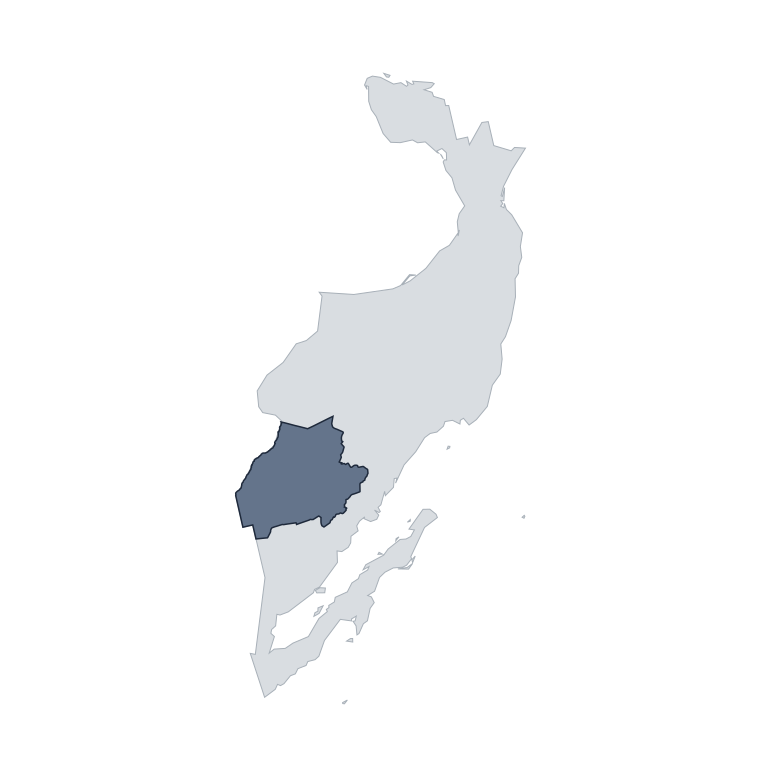 where Chihuahua sits in Mexico, rotated 257°
{"feature_id": "MEX-2709", "entity_name": "Chihuahua", "entity_type": "State", "adm_level": 1, "iso_a3": "MEX", "parent_name": "Mexico", "parent_adm1": "", "projection": "mercator", "projection_center": [-106.749, 28.699], "detail": "fine", "context": "in_parent", "style": "filled", "palette": "slate", "viewbox_px": 768, "rotation_deg": 257, "n_neighbors": 0, "source": "natural_earth", "source_scale": "10m", "svg_char_len": 9505}
<svg xmlns="http://www.w3.org/2000/svg" viewBox="0 0 768 768"><g transform="rotate(257 384 384)"><path d="M105.6,197.2L151.6,193.1L149.5,197.8L222.1,224.5L276.2,224.4L276.2,214.3L309.9,214.5L315.7,221.7L339.3,241.0L344.9,257.2L349.2,263.4L371.1,275.9L378.1,271.2L383.4,259.4L390.0,256.8L405.8,258.9L419.0,272.0L427.7,290.6L442.9,307.5L443.8,318.1L450.5,331.2L483.6,343.4L488.0,341.5L478.0,374.8L474.7,414.0L476.2,422.3L484.8,433.5L483.0,439.5L483.5,433.5L476.4,424.0L478.6,432.7L487.3,450.9L501.2,468.2L504.4,478.9L514.2,489.8L511.5,489.5L517.1,492.1L515.3,490.5L525.6,491.9L533.0,495.6L539.4,502.7L556.8,497.3L569.6,496.6L578.1,492.4L587.0,491.6L588.8,493.2L588.2,495.4L595.4,496.8L600.4,493.4L599.1,487.8L596.7,489.2L597.3,488.1L610.6,478.7L611.5,471.0L615.4,466.6L615.5,454.2L618.0,444.9L628.2,439.5L646.3,436.6L654.1,433.4L662.9,432.7L677.4,435.9L678.6,433.9L674.8,433.8L679.7,432.3L685.6,436.4L686.6,442.0L683.6,449.5L674.1,460.8L673.8,468.3L669.0,472.9L669.9,474.6L674.1,474.0L669.6,478.7L669.7,480.6L672.6,480.0L666.8,498.8L665.3,500.5L662.3,496.3L661.7,489.2L657.4,496.5L653.1,497.0L647.6,506.7L641.4,506.6L640.8,509.7L605.9,509.7L605.8,521.0L597.8,521.0L616.8,538.2L616.2,544.6L591.6,544.6L582.6,560.4L585.1,564.4L582.0,574.9L564.2,557.0L549.8,545.0L541.1,540.4L540.1,541.5L548.2,545.7L535.6,542.0L536.4,539.1L533.1,540.3L531.0,537.7L528.7,540.5L532.9,541.9L526.5,542.5L520.2,546.5L500.2,553.0L487.3,547.8L476.4,546.7L469.0,541.9L461.7,540.0L457.1,535.4L439.3,531.7L417.2,522.1L402.8,513.0L396.7,506.8L381.7,504.7L367.5,499.5L358.5,489.3L338.9,479.6L328.5,466.0L324.9,457.7L332.7,453.7L331.5,450.2L327.9,449.0L333.2,442.6L333.7,435.0L329.5,432.4L325.3,424.8L325.4,417.8L322.6,411.5L310.9,399.7L300.7,385.4L284.8,373.0L289.4,375.4L289.6,372.7L281.2,370.0L274.9,360.2L279.3,360.5L267.0,353.8L265.2,350.5L260.6,351.7L259.9,350.2L263.3,346.4L257.4,349.4L253.8,346.5L253.0,340.0L257.3,334.2L258.9,335.3L255.9,329.3L251.9,325.5L246.7,325.7L243.1,317.6L236.7,315.8L232.9,312.4L230.2,305.2L231.9,300.7L220.6,298.5L200.7,275.5L199.5,270.1L196.5,268.3L183.5,239.5L182.3,230.7L183.7,227.8L172.7,224.0L170.1,219.3L166.5,217.7L162.6,220.4L147.6,211.6L150.4,217.3L148.6,228.3L152.0,237.0L154.9,253.5L170.2,267.9L175.0,277.6L177.3,277.1L178.5,280.0L180.7,280.4L182.8,286.6L187.1,288.5L189.7,301.5L197.4,308.0L200.1,315.3L203.7,317.6L206.4,326.2L209.5,328.3L207.7,321.9L212.0,325.6L217.3,345.2L222.2,350.8L228.9,364.7L228.0,370.6L229.4,375.8L235.0,380.8L237.0,375.7L253.1,393.8L251.7,400.5L245.4,405.4L241.9,406.0L235.1,391.2L209.8,371.3L207.5,371.5L202.4,365.3L201.3,361.0L202.7,351.6L200.4,342.6L196.5,336.1L184.2,328.2L181.6,320.5L179.4,323.8L173.2,325.3L168.5,320.0L157.0,314.6L155.1,310.0L146.5,303.5L145.6,301.2L154.6,302.4L159.7,300.5L159.7,302.6L164.1,304.8L162.4,299.5L160.4,299.2L164.5,288.5L147.5,268.3L133.4,259.3L130.9,254.8L130.7,247.3L127.3,244.8L126.0,236.1L121.5,232.4L120.8,227.2L114.5,219.1L113.4,215.3L115.3,212.7L111.0,209.4L105.6,197.2ZM199.9,275.8L198.4,281.0L193.9,279.3L195.6,271.5L198.3,270.7L199.9,275.8ZM181.6,274.8L175.1,269.2L173.4,263.4L176.7,265.3L177.5,268.5L180.7,269.3L181.6,274.8ZM683.4,459.3L681.8,457.7L682.6,455.5L686.7,453.7L683.4,459.3ZM202.7,371.5L198.1,366.3L200.7,355.9L200.0,365.3L202.7,371.5ZM143.1,296.2L139.6,295.5L141.9,289.7L143.5,294.0L143.1,296.2ZM84.3,277.2L81.3,273.5L81.9,271.9L82.9,272.0L84.3,277.2ZM206.5,371.6L209.3,375.7L203.5,371.7L206.5,371.6ZM309.0,432.5L308.4,434.2L307.0,433.6L306.3,430.8L309.0,432.5ZM230.6,361.0L231.7,364.2L228.6,360.2L230.6,361.0ZM219.4,339.8L221.1,341.3L218.6,344.2L219.4,339.8ZM224.5,491.1L223.4,491.5L221.7,490.2L223.1,488.6L224.5,491.1ZM593.1,491.7L590.0,492.4L595.4,490.7L593.1,491.7ZM246.0,379.1L244.4,378.7L244.1,375.7L246.0,379.1Z" fill="#d9dde1" stroke="#a8b0b8" stroke-width="1"/><path d="M276.2,214.3L308.7,214.4L308.9,214.5L309.1,214.7L309.5,214.8L310.4,214.8L311.1,215.0L311.7,215.7L312.2,216.5L312.6,217.2L313.1,218.8L313.3,219.2L314.1,220.1L314.3,220.5L314.4,220.8L314.5,220.9L314.6,221.1L315.2,221.5L315.4,221.7L315.9,221.9L316.7,222.2L317.3,222.6L317.7,222.7L318.2,222.8L318.5,222.9L319.3,223.5L319.6,223.7L319.7,223.9L319.8,224.3L320.0,224.5L320.3,224.7L320.5,224.8L320.9,225.0L321.2,225.3L322.7,227.0L322.8,227.5L323.0,227.7L324.5,228.7L324.8,228.8L325.4,229.4L325.8,229.7L326.1,229.9L326.4,230.2L326.6,230.6L326.9,231.4L327.1,231.7L327.6,231.9L328.2,232.7L329.8,233.9L330.5,234.9L330.8,235.1L331.3,235.2L332.4,235.8L332.5,235.9L332.6,236.0L332.8,236.2L333.0,236.2L333.3,236.0L333.5,236.1L333.8,236.2L334.0,236.5L334.4,236.6L334.5,236.6L334.6,236.8L334.6,237.0L334.8,237.0L335.0,237.3L335.2,237.2L336.1,238.2L336.4,238.4L336.8,238.5L337.2,238.7L337.6,239.0L337.8,239.3L337.9,239.5L337.9,239.8L337.9,240.0L338.0,240.2L338.2,240.3L338.8,240.4L339.0,240.4L339.1,240.7L339.7,241.4L339.9,241.7L339.9,242.0L340.0,242.4L340.0,242.7L340.3,242.8L340.4,243.0L340.3,243.3L340.3,243.5L340.5,244.0L340.5,244.3L340.5,244.6L340.5,244.8L340.7,245.1L340.8,245.2L341.1,245.4L341.2,245.5L341.3,246.0L341.4,246.3L341.8,246.5L342.0,247.1L342.3,247.7L342.5,248.1L343.0,248.4L343.2,248.6L343.5,249.4L343.8,249.7L343.9,250.2L343.8,251.0L343.8,251.5L343.5,252.3L343.4,252.7L343.5,253.3L343.8,254.5L343.8,255.0L343.9,255.4L344.2,255.7L344.2,255.8L344.3,256.0L344.7,256.4L344.9,257.5L345.0,257.7L345.3,258.1L345.7,258.3L345.9,258.7L346.1,259.6L346.5,260.2L346.6,260.5L346.6,260.9L346.6,261.1L346.7,261.3L347.0,261.6L347.9,262.2L348.1,262.5L348.3,262.8L348.4,263.0L348.5,263.1L350.2,264.2L350.4,264.5L350.7,264.3L351.3,264.3L351.7,264.4L352.1,264.8L352.5,265.1L352.8,265.3L353.1,266.1L353.8,266.8L354.2,267.2L354.8,267.5L355.8,268.5L356.5,268.9L358.2,269.5L359.5,269.8L360.8,269.9L361.0,269.9L361.2,270.1L361.3,270.3L361.1,270.8L361.5,271.0L362.6,271.8L363.1,272.2L364.8,272.6L365.3,272.5L365.5,272.6L365.7,272.8L365.7,273.0L365.9,273.2L366.8,274.2L367.7,274.6L367.9,274.7L368.1,274.8L368.6,275.3L368.9,275.4L369.1,275.3L369.3,275.1L369.7,275.4L369.8,275.4L370.1,275.3L368.5,278.5L366.9,281.6L365.3,284.6L363.7,287.6L361.4,292.2L359.8,295.3L359.0,296.9L357.6,299.5L358.9,305.5L361.9,318.0L362.9,322.1L364.0,327.0L358.0,324.5L357.5,324.3L357.1,324.1L356.7,324.1L354.6,324.2L353.9,324.3L353.2,324.6L352.4,325.3L351.7,326.1L350.4,328.1L346.9,332.8L346.2,333.4L345.4,333.2L344.7,332.6L344.0,331.9L343.0,331.2L342.0,330.7L340.9,330.3L338.8,330.0L338.4,329.9L337.9,330.0L337.7,330.2L337.5,330.6L337.2,330.9L336.9,330.7L336.2,329.7L335.7,329.1L335.5,328.9L333.3,330.0L332.4,330.6L331.8,330.8L331.5,330.9L327.1,328.5L326.7,328.2L326.3,327.8L325.6,327.0L325.3,326.5L325.0,326.1L324.7,325.8L324.2,325.8L323.8,325.9L323.2,325.9L322.2,325.9L321.5,325.4L320.7,324.9L319.2,323.7L318.6,323.2L318.1,322.8L317.7,323.2L317.6,323.4L317.4,323.8L317.0,324.6L316.8,325.0L316.6,324.7L316.4,324.4L316.1,324.3L315.8,324.4L315.6,324.8L315.5,325.5L315.5,326.1L315.5,326.6L315.5,327.2L315.4,327.5L314.6,328.1L314.3,328.4L314.3,328.8L314.6,329.6L314.9,330.5L314.9,330.9L314.8,331.2L314.6,331.4L314.2,331.5L310.9,332.6L310.3,333.0L310.2,333.6L310.4,334.3L311.0,335.6L311.3,336.4L311.4,337.1L311.3,337.9L311.1,338.8L310.9,339.2L310.7,339.6L310.4,339.9L310.1,339.9L309.8,339.9L309.4,339.9L308.8,340.2L308.5,340.9L308.5,341.6L308.5,342.4L308.4,344.8L308.3,345.1L308.2,345.4L305.8,347.4L305.2,348.1L304.8,348.5L304.4,348.7L304.0,348.8L303.6,348.7L302.8,348.6L300.6,348.3L300.1,347.9L299.6,347.5L299.0,347.1L298.4,346.8L298.0,346.5L297.7,346.0L297.4,345.5L297.0,345.1L296.6,344.7L296.1,344.3L295.6,344.0L295.0,343.8L294.6,343.6L294.4,342.9L294.4,342.6L294.2,342.0L294.1,341.8L293.9,341.7L293.7,341.6L293.4,341.4L293.4,341.0L293.2,340.6L293.2,340.2L293.0,339.6L292.9,338.9L292.5,338.4L292.1,338.1L291.5,337.9L286.3,336.8L284.9,336.5L284.6,336.4L284.4,336.1L284.3,335.5L283.8,331.6L283.7,330.5L283.6,329.2L283.5,327.9L283.1,326.9L282.8,326.4L281.9,325.6L281.6,325.2L281.2,324.5L280.7,323.9L280.3,323.3L280.0,322.6L280.0,321.5L279.9,321.0L279.4,320.8L278.5,320.6L277.5,320.4L276.5,319.9L275.9,319.1L275.7,318.8L275.4,318.4L275.2,318.2L274.8,318.1L274.3,318.2L273.8,318.2L273.4,318.1L273.1,317.7L272.7,318.2L272.3,318.8L271.9,319.3L271.4,319.7L271.2,319.5L271.1,319.3L270.9,318.8L270.8,318.7L270.7,318.7L270.4,318.8L270.0,318.8L269.8,318.8L269.6,318.7L269.3,318.4L268.9,317.8L268.4,317.1L267.6,315.8L267.3,315.4L267.2,314.9L267.1,314.4L267.3,313.9L267.6,313.4L267.9,313.0L268.1,312.6L268.0,311.9L267.7,311.2L267.6,310.9L267.6,310.5L267.7,309.6L267.8,309.2L267.8,308.7L267.8,308.4L267.7,308.0L267.5,307.7L267.2,307.5L266.7,307.2L266.2,306.8L265.8,306.4L265.4,305.9L265.4,305.6L265.4,305.3L265.5,305.0L265.7,304.8L263.6,303.0L263.4,302.6L263.2,301.6L263.0,301.3L261.4,300.4L261.1,300.2L260.9,300.0L260.8,299.8L258.4,293.9L258.2,293.4L258.4,293.0L258.8,292.7L259.1,292.4L259.5,292.0L259.8,291.7L260.2,291.6L260.7,291.5L261.7,291.4L262.6,291.4L263.5,291.5L264.4,291.7L267.1,292.3L267.7,292.5L268.0,292.6L268.3,292.4L270.0,290.8L270.0,290.5L269.8,289.9L269.6,289.3L268.8,287.1L267.9,284.5L268.0,284.0L268.1,283.2L268.6,281.8L268.6,281.6L268.6,281.4L268.4,281.0L268.3,280.7L268.2,280.0L267.3,271.5L266.8,267.2L268.1,267.2L268.4,267.1L268.6,267.0L268.6,266.8L268.6,266.4L269.4,257.2L269.5,255.2L269.6,254.4L269.7,254.0L270.0,253.4L270.0,253.1L269.5,246.9L269.5,246.0L269.2,243.3L269.1,242.7L269.0,242.4L268.8,242.1L268.5,241.7L267.9,241.3L267.5,240.9L267.0,240.7L266.4,240.5L266.1,240.4L265.7,240.3L265.3,240.1L265.0,239.9L260.6,236.2L260.4,235.9L260.3,235.6L260.5,234.7L261.1,230.0L261.8,224.4L276.2,224.4L276.2,214.3Z" fill="#64748b" stroke="#1e293b" stroke-width="1.5"/></g></svg>